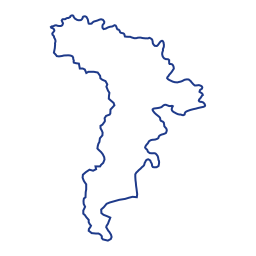 the district of Brest, Brest, Belarus
{"feature_id": "67162791B30498032594927", "entity_name": "Brest", "entity_type": "district", "adm_level": 2, "iso_a3": "BLR", "parent_name": "Belarus", "parent_adm1": "Brest", "projection": "robinson", "projection_center": [23.755, 51.901], "detail": "fine", "context": "isolated", "style": "outline", "palette": "blue", "viewbox_px": 256, "rotation_deg": 0, "n_neighbors": 0, "source": "geoboundaries", "source_scale": "gbopen_adm2", "svg_char_len": 5707}
<svg xmlns="http://www.w3.org/2000/svg" viewBox="0 0 256 256"><path d="M202.8,94.9L202.3,93.7L201.6,93.1L200.4,92.4L199.5,91.8L199.8,90.7L200.1,89.9L200.9,89.4L202.0,88.6L202.3,87.3L201.9,86.5L201.1,85.9L199.6,85.3L198.8,85.1L196.7,85.4L194.9,85.5L193.8,84.7L192.9,83.8L192.3,83.1L191.3,82.0L190.9,81.3L189.7,80.3L188.7,79.5L187.7,79.4L186.5,79.4L184.5,79.8L182.3,81.0L180.7,81.6L178.8,82.0L177.4,82.4L174.8,82.2L172.7,81.6L170.8,80.7L169.1,79.9L167.9,79.1L167.1,78.1L167.6,76.9L168.5,76.0L169.1,74.9L169.9,74.0L170.9,72.9L171.9,71.6L172.8,70.2L173.8,68.7L173.7,67.6L173.5,66.5L172.9,65.2L172.2,64.4L170.9,64.0L169.6,64.0L169.2,63.3L169.2,62.5L169.1,61.4L169.2,60.2L168.4,59.4L167.5,59.2L165.7,59.1L164.2,58.4L163.4,57.5L162.7,56.4L162.2,54.6L162.2,53.0L162.5,51.9L163.0,50.5L162.9,49.2L163.4,47.9L163.8,46.9L163.9,45.2L163.9,44.4L163.6,43.3L163.6,42.7L163.0,41.4L162.5,40.9L161.6,40.9L160.7,41.4L159.7,42.5L159.1,43.4L158.7,44.0L157.6,45.4L156.8,46.0L154.7,45.8L153.6,44.6L152.9,43.5L152.7,42.5L152.7,41.8L152.5,40.9L152.2,39.8L151.9,39.3L150.5,38.3L149.3,37.8L148.0,38.4L146.2,38.3L145.0,38.3L143.0,38.1L142.3,38.0L140.7,37.6L139.4,37.6L137.8,37.7L136.7,38.1L135.4,38.2L134.3,38.2L132.6,37.7L131.6,37.4L130.2,36.8L129.1,36.8L128.1,36.8L126.3,36.7L124.9,36.5L124.6,35.5L124.4,34.5L124.0,33.8L123.2,33.3L122.6,33.2L120.6,32.7L120.1,32.2L119.8,31.4L119.5,30.5L118.6,29.6L117.5,29.4L116.9,28.6L116.7,27.8L116.4,26.9L115.7,25.6L114.6,25.2L113.6,25.7L112.5,26.4L111.3,26.6L110.3,26.7L108.6,27.2L107.6,27.6L106.9,28.0L105.8,28.6L104.5,28.9L103.6,29.1L103.0,28.4L102.5,27.8L102.4,26.3L102.6,25.1L103.1,24.4L104.1,23.2L104.3,21.9L103.8,20.9L102.9,19.8L101.3,19.3L100.3,19.4L98.8,19.9L97.5,20.5L96.5,20.8L95.5,21.1L94.3,21.4L93.6,21.7L92.5,22.5L91.6,23.6L89.9,23.8L88.7,23.6L88.4,22.6L88.1,21.0L87.9,19.9L87.7,19.2L86.4,16.9L85.0,16.3L84.1,16.4L83.3,16.6L82.8,17.1L82.6,18.1L82.0,19.1L81.4,19.7L80.8,20.1L79.4,20.2L78.3,20.2L76.9,19.8L76.0,19.2L75.3,18.9L74.3,17.8L73.7,16.9L73.4,16.0L72.7,15.4L71.4,15.5L70.4,16.2L70.1,17.1L68.4,18.0L67.5,18.0L66.4,18.3L65.4,19.1L64.7,19.2L63.6,19.2L62.5,19.3L61.7,20.5L62.2,21.7L63.0,23.2L62.7,24.3L62.2,25.3L60.9,26.0L59.0,26.0L57.6,25.8L56.3,25.3L55.5,25.3L54.4,25.6L53.7,26.1L52.7,26.3L51.7,26.4L50.9,27.0L51.3,27.8L52.3,28.1L53.6,28.8L54.3,30.2L54.3,30.8L53.3,32.2L52.3,33.4L52.5,34.7L53.3,35.5L54.0,36.4L54.1,37.5L54.8,38.7L55.4,40.2L55.5,41.4L55.0,43.4L55.1,44.6L54.8,48.2L53.9,52.7L55.7,54.6L56.8,56.1L58.9,56.4L61.9,56.0L63.9,55.5L66.0,55.4L68.7,55.3L70.7,55.6L72.5,56.4L73.2,57.8L73.2,58.9L73.8,60.6L73.6,61.5L73.8,62.6L75.9,63.2L78.9,63.6L79.8,68.5L82.7,68.5L84.8,69.5L86.3,73.0L88.4,71.8L93.8,71.8L97.7,72.5L100.1,75.8L100.4,78.3L102.2,79.7L105.5,81.1L107.3,84.4L106.4,86.7L108.0,90.6L109.4,92.8L109.0,95.7L108.8,98.7L110.9,100.6L113.6,102.9L114.4,105.3L112.4,107.5L110.5,109.5L110.3,113.5L109.6,114.6L106.1,115.9L104.6,118.2L104.9,120.0L104.8,121.4L102.4,124.7L100.5,125.8L100.5,128.2L101.9,130.8L102.6,132.6L102.4,135.4L100.9,137.1L99.9,138.3L99.4,142.0L98.4,143.7L97.8,145.8L97.4,148.5L98.6,149.8L101.1,152.1L102.8,154.3L104.2,157.2L104.5,159.6L103.2,162.9L101.0,164.9L100.1,166.4L95.5,166.4L96.1,169.2L93.1,170.7L89.5,169.7L85.9,172.1L82.9,174.7L82.6,177.7L83.8,180.8L84.7,182.2L86.2,184.3L86.2,189.4L85.7,192.1L85.5,197.3L83.9,198.5L83.5,201.0L83.7,203.9L85.1,206.8L83.3,210.5L83.3,213.7L84.9,215.1L86.4,217.3L88.7,219.9L88.7,222.2L89.5,223.8L91.0,225.7L90.2,227.3L88.9,229.0L88.7,230.8L90.6,232.2L91.6,233.1L95.6,233.5L98.5,233.5L100.4,234.6L101.8,236.2L101.8,238.1L102.9,239.4L107.9,240.6L110.8,239.0L111.6,237.0L111.0,234.7L109.3,231.9L108.3,230.8L106.2,227.2L106.6,225.8L108.0,223.7L108.7,221.7L109.7,219.3L110.3,217.6L106.6,216.0L103.5,214.8L101.4,213.1L101.2,209.5L103.9,207.1L106.6,203.8L109.7,202.5L119.3,199.8L125.1,198.9L129.0,197.7L132.6,196.8L136.8,197.2L137.2,194.2L136.8,191.1L136.5,188.6L136.1,185.9L135.8,182.5L135.5,180.3L135.3,176.9L135.3,174.3L136.3,172.6L137.7,171.3L138.7,170.2L140.7,168.5L141.9,167.2L143.3,166.1L144.1,165.1L144.4,164.1L144.7,162.9L145.4,161.7L146.0,160.4L147.3,159.5L148.3,159.3L149.4,159.9L150.3,160.6L150.8,162.0L151.5,163.2L151.9,164.1L152.1,165.8L152.8,167.0L154.1,167.3L156.6,167.2L158.5,166.0L158.9,164.2L159.1,162.5L159.0,161.0L158.5,160.0L158.2,158.0L157.8,156.4L157.4,155.7L157.0,155.2L156.6,154.6L155.5,153.5L154.2,153.2L152.0,153.3L149.7,153.1L147.9,151.7L147.2,149.8L146.3,149.0L145.7,148.5L145.1,147.5L145.5,146.3L146.1,145.3L146.8,144.4L147.5,143.7L148.3,142.6L148.8,141.5L149.2,141.1L150.2,140.5L151.0,140.1L152.3,139.8L153.7,139.7L155.4,139.5L157.5,138.7L158.3,138.1L158.6,137.2L159.1,136.1L159.5,135.7L160.6,135.0L161.8,134.5L163.4,134.1L164.7,133.6L165.9,133.0L166.5,131.6L166.8,130.2L166.5,129.1L166.2,128.4L165.0,127.1L164.3,126.2L164.2,124.9L163.9,123.4L163.8,122.6L162.9,121.7L161.8,121.2L160.9,120.8L160.3,119.8L160.2,118.6L160.0,117.8L159.2,116.8L157.6,115.5L156.1,114.3L154.5,112.8L153.9,112.0L153.3,111.3L152.7,110.2L152.6,109.4L153.4,108.7L154.7,108.4L155.8,108.3L158.0,108.0L159.6,107.7L161.5,107.1L162.5,106.2L163.6,105.3L164.9,104.8L165.9,104.8L168.0,105.6L169.0,106.0L170.1,106.1L170.9,106.0L171.5,105.9L172.2,105.9L172.8,106.2L172.4,106.9L172.0,107.9L171.8,108.6L171.7,109.4L172.0,110.4L172.7,111.3L173.8,112.1L174.8,112.6L176.0,113.3L177.7,114.1L179.4,114.5L180.6,114.5L182.3,115.1L183.6,115.1L184.6,114.5L184.8,113.2L185.4,112.2L186.5,111.4L188.0,110.8L190.2,110.0L193.2,109.2L196.0,108.6L197.7,108.1L199.4,107.7L200.8,107.4L202.2,107.1L203.3,106.9L204.7,106.3L205.1,105.6L204.8,104.4L204.4,103.7L203.3,102.5L201.7,101.9L200.7,101.9L199.4,101.5L198.8,100.7L199.2,99.4L200.0,98.6L200.5,98.0L201.0,97.3L201.6,96.3L202.5,95.0L202.8,94.9Z" fill="none" stroke="#1e3a8a" stroke-width="2"/></svg>